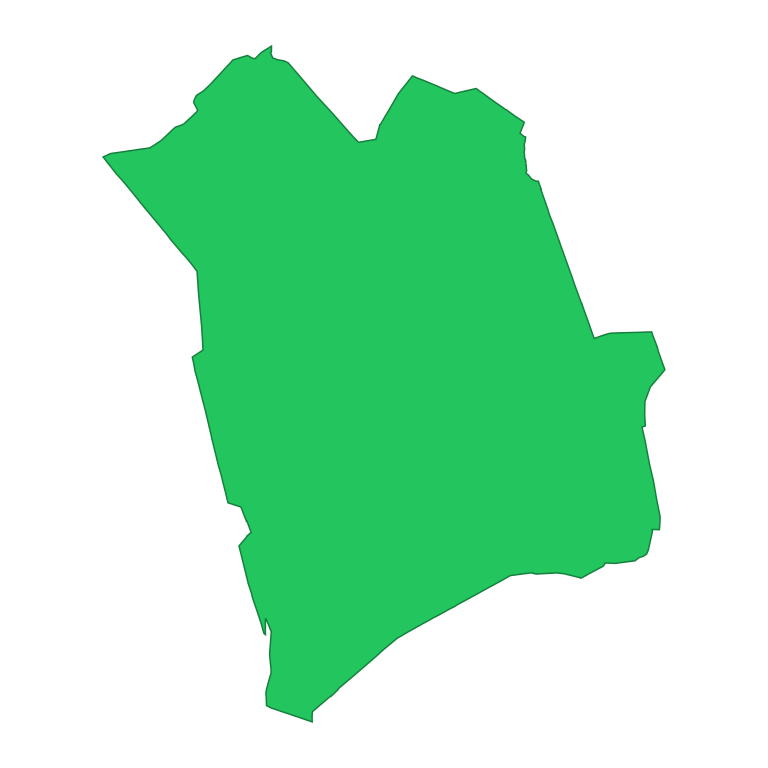 outline of Līgo pag., Gulbene, Latvia
{"feature_id": "27541924B95861088193965", "entity_name": "Līgo pag.", "entity_type": "district", "adm_level": 2, "iso_a3": "LVA", "parent_name": "Latvia", "parent_adm1": "Gulbene", "projection": "mercator", "projection_center": [26.604, 57.002], "detail": "fine", "context": "isolated", "style": "filled", "palette": "green", "viewbox_px": 768, "rotation_deg": 0, "n_neighbors": 0, "source": "geoboundaries", "source_scale": "gbopen_adm2", "svg_char_len": 5878}
<svg xmlns="http://www.w3.org/2000/svg" viewBox="0 0 768 768"><path d="M659.4,529.7L659.5,528.5L659.6,526.9L659.8,524.8L660.0,520.6L660.1,518.1L659.9,516.7L660.1,516.6L656.7,499.7L653.5,481.2L653.2,479.9L649.3,463.1L645.1,440.8L644.8,439.4L642.0,427.0L645.3,426.0L644.7,414.8L644.9,401.5L646.0,398.6L648.4,392.1L650.4,386.9L664.9,369.8L662.5,363.1L658.4,351.6L657.5,347.8L656.7,345.5L652.4,334.3L652.2,333.5L651.6,331.9L639.9,332.3L632.8,332.5L621.5,332.8L611.8,333.1L609.4,333.4L602.8,335.4L594.2,338.5L593.5,336.6L593.2,335.8L591.3,330.5L590.5,328.1L590.1,326.9L589.4,324.9L589.0,324.0L588.6,322.7L588.2,321.6L587.6,319.9L587.3,319.1L586.8,317.7L586.1,315.7L585.7,314.6L585.0,312.6L584.5,311.4L583.7,309.1L583.6,308.6L582.5,305.8L582.1,304.5L581.9,303.9L581.7,303.4L581.5,303.5L579.4,297.7L578.8,296.1L578.7,295.6L577.7,293.0L577.0,291.2L574.5,284.3L572.6,278.6L571.7,276.1L570.8,273.6L569.6,270.3L567.7,265.0L564.0,254.6L562.4,250.2L560.9,246.0L559.1,240.7L558.4,238.9L555.2,229.8L553.4,224.8L553.2,224.2L552.1,221.4L551.6,220.2L550.8,218.3L550.4,217.0L549.9,215.9L549.3,214.1L548.4,211.5L547.9,209.7L547.7,208.9L540.8,189.3L541.2,189.2L539.9,185.7L538.4,181.2L537.7,181.1L537.0,181.3L536.4,181.2L535.6,181.0L533.9,180.2L532.4,179.5L531.5,178.9L531.0,178.4L530.6,177.8L529.0,175.7L528.7,175.3L528.3,174.9L527.3,174.3L526.8,173.9L526.3,173.4L526.1,172.9L526.2,172.0L526.5,171.1L526.7,170.5L526.6,169.7L526.4,168.8L526.3,167.2L526.3,166.0L526.1,164.9L525.9,164.4L525.6,162.7L525.6,162.3L525.6,161.9L525.8,161.8L525.9,161.3L525.7,161.0L525.6,160.3L525.6,160.0L525.3,159.6L525.2,159.6L524.9,159.3L525.0,159.2L525.0,158.8L524.7,157.4L524.3,156.9L524.6,155.6L524.4,154.1L524.1,152.2L524.5,150.3L524.6,148.0L524.2,145.4L524.4,143.5L525.1,141.5L525.3,139.6L525.6,137.7L525.6,136.9L524.1,136.6L520.0,133.2L522.2,127.8L524.4,122.3L519.1,118.8L514.8,115.9L511.4,113.5L508.2,111.1L506.4,109.8L505.3,109.3L504.8,109.0L503.3,107.9L499.7,105.4L496.0,102.8L489.7,98.3L482.6,93.1L480.8,91.9L476.2,88.5L466.1,90.8L465.8,90.9L462.0,91.8L459.3,92.4L457.3,92.9L454.8,93.5L448.9,91.1L445.6,89.7L445.4,89.6L439.5,87.1L437.0,86.0L427.0,81.8L426.9,81.8L424.8,80.9L417.2,78.0L414.9,76.9L412.4,75.9L406.6,83.3L400.9,90.5L398.5,93.5L395.5,98.7L393.1,102.8L390.2,107.8L387.3,112.8L385.2,116.2L383.2,119.7L380.2,124.8L379.8,124.7L378.8,128.6L375.9,139.3L358.6,142.3L353.3,136.9L344.6,127.1L340.4,122.3L332.1,112.9L316.4,95.9L316.1,95.5L315.8,95.2L312.3,91.0L304.7,82.1L297.9,74.1L293.3,68.8L292.9,68.3L288.2,62.8L284.1,60.9L277.5,59.7L273.1,58.1L272.8,57.8L272.7,57.8L270.5,52.8L270.6,52.7L271.1,52.4L271.3,52.2L271.4,51.9L271.5,47.2L271.5,46.1L267.2,48.8L264.7,50.3L262.6,51.6L261.1,52.8L260.0,53.8L259.1,54.6L257.9,55.8L257.1,56.7L255.7,58.1L255.3,58.4L254.4,58.7L253.9,58.5L253.2,58.4L252.5,58.2L250.0,56.9L247.9,55.7L247.3,55.5L246.8,55.7L244.7,56.3L240.7,57.5L233.1,59.9L232.8,60.1L232.5,60.3L231.9,61.1L230.1,63.1L225.0,68.5L220.0,74.0L215.1,79.2L210.4,84.3L209.5,85.2L206.1,88.4L204.2,90.2L203.7,90.7L203.3,91.0L202.7,91.4L201.0,92.5L197.7,94.5L196.2,95.8L196.1,96.1L195.7,96.8L194.2,100.1L194.1,100.5L193.7,101.7L193.7,102.0L193.8,102.5L194.1,103.5L195.3,105.6L196.3,107.6L196.9,108.7L197.1,109.2L197.4,109.6L197.5,110.2L197.2,111.0L196.6,112.0L195.2,113.3L192.0,116.4L188.7,119.4L184.0,123.8L181.4,125.1L176.3,126.9L175.1,127.4L174.2,128.2L165.6,136.3L164.6,137.3L161.9,139.8L159.7,141.6L158.8,142.0L157.6,142.9L151.1,147.1L149.9,147.8L149.0,148.0L148.1,148.1L144.3,148.7L139.0,149.4L134.7,150.1L128.2,151.0L122.8,151.8L110.8,153.5L109.9,153.8L106.2,155.6L103.1,157.0L107.7,162.9L111.6,167.8L116.1,173.6L120.6,178.6L122.9,181.1L134.2,194.8L139.7,201.7L140.6,202.9L140.9,203.2L141.9,204.4L146.4,209.9L151.0,215.4L155.0,220.2L159.0,225.0L161.8,228.4L167.4,235.2L167.9,235.9L171.0,240.0L178.0,248.2L182.2,253.3L185.3,256.5L186.2,257.6L191.9,264.5L195.4,269.2L197.0,271.1L198.0,285.2L198.6,294.3L200.4,313.3L200.6,315.3L200.8,317.5L201.5,325.1L201.7,327.6L201.7,327.8L202.4,338.6L203.0,350.0L192.3,357.1L193.8,364.0L195.0,370.7L195.1,371.4L195.8,373.8L196.8,377.3L197.0,378.3L197.4,379.6L198.3,383.1L198.8,385.0L199.1,386.1L199.7,388.8L200.2,390.6L200.7,392.8L201.1,394.0L201.9,397.1L202.6,400.1L203.3,402.6L203.6,403.8L204.1,405.6L204.5,407.6L205.0,409.2L205.4,410.7L210.8,433.8L210.9,434.0L211.1,434.9L211.4,436.3L211.6,437.3L211.6,437.7L216.4,457.2L218.8,467.1L219.0,467.5L221.2,475.1L223.6,485.0L225.5,492.4L228.0,502.8L240.9,507.0L246.5,521.4L247.0,521.2L251.2,532.7L250.7,532.8L246.8,536.2L246.4,537.2L239.0,545.9L240.9,553.6L242.4,559.7L243.1,562.4L244.9,569.8L247.3,579.7L248.3,583.8L249.7,587.9L251.4,593.1L252.2,596.6L253.5,600.7L257.2,611.5L261.2,623.6L263.2,630.9L264.0,633.5L265.4,634.6L265.4,618.9L265.9,618.7L268.6,624.9L270.8,630.7L271.3,631.1L269.9,650.2L269.6,653.7L270.3,662.3L271.1,669.3L271.0,673.2L268.5,681.8L267.1,687.0L266.3,690.4L266.0,692.1L265.9,693.8L266.2,696.6L266.3,698.9L266.4,702.2L266.5,705.6L271.9,708.3L275.4,709.4L282.1,711.7L289.6,714.2L307.2,720.2L312.2,721.9L312.1,719.0L312.1,718.2L312.1,716.9L312.2,714.5L312.5,711.6L330.5,696.2L330.9,696.5L338.2,689.5L338.2,688.8L351.8,677.3L363.2,667.5L376.4,656.1L380.2,652.6L384.0,649.2L397.4,638.1L400.6,636.3L404.6,633.9L409.9,630.9L415.3,627.9L417.0,626.9L434.7,617.1L435.6,616.8L435.7,616.7L441.2,613.7L449.1,609.3L454.8,606.4L455.1,606.2L457.6,604.6L467.5,599.2L478.9,593.0L480.8,591.9L486.8,588.6L501.5,580.6L505.2,578.5L508.0,576.9L510.3,575.6L529.8,573.0L530.9,572.9L536.4,574.1L536.9,574.0L548.1,573.4L556.8,572.9L565.0,573.9L565.1,574.0L580.8,577.9L580.8,578.1L581.9,577.7L586.7,575.1L586.9,574.9L603.4,566.1L605.1,563.3L605.1,563.1L606.5,563.0L614.5,563.4L615.0,563.4L631.3,561.3L633.4,561.0L635.1,560.8L635.5,560.4L639.5,557.3L642.6,556.6L644.5,555.5L646.6,554.0L648.3,550.1L648.4,549.6L650.9,538.4L652.4,531.5L652.2,529.4L653.5,529.5L659.4,529.7Z" fill="#22c55e" stroke="#15803d" stroke-width="1.5"/></svg>